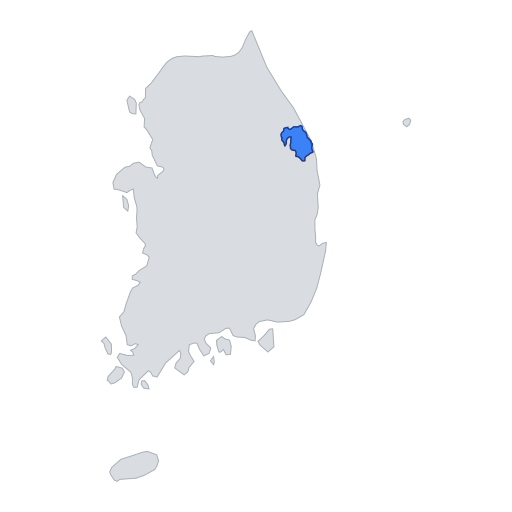 Samcheok-si, Gangwon, South Korea shown in context
{"feature_id": "91817680B11339106619066", "entity_name": "Samcheok-si", "entity_type": "district", "adm_level": 2, "iso_a3": "KOR", "parent_name": "South Korea", "parent_adm1": "Gangwon", "projection": "equal_earth", "projection_center": [129.14, 37.249], "detail": "fine", "context": "in_parent", "style": "filled", "palette": "blue", "viewbox_px": 512, "rotation_deg": 0, "n_neighbors": 0, "source": "geoboundaries", "source_scale": "gbopen_adm2", "svg_char_len": 4904}
<svg xmlns="http://www.w3.org/2000/svg" viewBox="0 0 512 512"><path d="M143.4,99.5L145.3,97.9L145.5,95.7L145.6,88.4L151.0,83.3L158.9,72.9L162.7,67.3L167.1,62.0L172.1,58.4L177.0,56.7L184.8,56.0L199.5,56.7L202.4,56.1L212.7,55.5L215.1,56.5L222.6,57.1L230.9,56.4L235.1,54.9L238.9,52.3L242.3,47.5L245.9,38.8L249.6,32.0L251.8,30.7L266.8,67.2L281.2,90.9L293.6,108.0L311.3,141.2L316.5,158.9L317.0,169.9L319.9,185.1L317.4,193.8L318.2,207.5L317.1,214.6L314.9,219.8L314.9,229.8L315.6,235.1L315.6,242.2L317.0,245.0L319.1,246.0L322.3,243.4L326.3,242.4L325.6,250.9L320.8,272.6L316.7,288.3L311.0,302.1L303.8,314.7L295.1,319.7L289.0,321.4L277.4,322.1L267.7,319.9L259.4,321.5L256.1,324.1L253.6,328.6L255.4,335.6L255.1,340.8L251.6,340.4L244.5,337.4L236.7,337.0L233.1,335.5L229.4,328.1L225.7,328.4L219.1,332.7L209.1,333.7L205.6,336.1L204.3,339.2L205.8,343.0L210.8,348.1L209.1,353.3L203.8,355.9L199.6,349.5L197.0,343.3L194.0,343.0L189.4,344.7L188.5,351.4L190.6,356.0L194.1,361.3L189.1,367.4L187.8,371.8L184.2,374.9L174.7,367.9L176.1,363.0L180.3,358.3L180.8,353.3L179.5,350.4L165.7,362.9L157.1,377.0L152.6,375.9L150.8,372.3L148.2,370.8L139.0,379.9L137.2,387.1L133.9,387.4L132.4,384.4L132.4,377.8L130.9,372.3L121.5,364.3L117.3,357.3L119.7,353.4L127.5,355.5L133.8,355.2L132.6,351.9L130.5,350.3L134.7,348.5L138.2,344.6L135.4,343.6L131.0,345.8L127.3,344.7L126.0,335.5L121.6,326.1L119.4,317.0L123.9,311.8L126.2,303.6L130.4,291.9L132.5,288.1L138.1,285.3L140.2,282.2L137.1,280.7L132.2,279.3L132.3,275.9L135.7,274.1L139.5,270.3L146.8,265.8L149.2,257.2L147.1,255.0L142.6,253.0L143.6,248.7L145.5,245.4L144.9,243.4L139.6,237.8L136.1,232.8L137.2,227.0L136.5,218.2L137.0,210.9L136.9,206.9L134.3,198.0L133.3,189.1L129.8,190.4L127.0,192.6L117.2,189.4L114.1,189.2L112.9,182.6L116.5,174.4L125.0,167.2L129.8,166.3L133.5,163.2L139.2,162.2L145.9,167.1L152.0,168.0L155.3,176.5L157.4,178.3L157.9,175.2L162.8,171.5L164.0,168.8L163.0,167.3L157.3,165.8L152.3,155.3L151.7,150.7L149.9,147.8L152.7,139.5L146.9,130.0L144.1,127.0L144.6,118.4L141.6,113.0L139.9,110.0L138.9,104.9L139.9,102.5L142.5,101.7L143.4,99.5ZM119.9,479.4L117.0,481.3L114.4,480.2L113.7,479.3L110.5,474.4L109.7,471.9L111.9,467.2L120.8,459.4L143.6,451.9L147.7,451.5L156.7,454.8L158.6,460.8L156.9,466.0L154.8,469.5L144.3,475.3L136.1,478.2L119.9,479.4ZM273.9,346.8L267.9,352.0L259.9,345.0L258.0,341.2L264.1,335.6L269.3,329.2L272.7,328.8L273.9,346.8ZM231.2,346.2L230.5,354.4L226.0,354.8L223.4,349.5L220.5,352.1L219.0,352.1L216.9,345.5L216.5,340.4L221.8,336.5L224.9,338.9L229.5,340.1L231.2,346.2ZM115.1,382.7L111.0,384.0L108.7,381.1L107.2,380.3L108.1,376.5L114.8,369.1L116.1,366.5L122.2,368.1L124.4,372.0L121.6,378.0L115.1,382.7ZM136.3,103.2L135.9,114.0L132.5,113.6L130.1,112.5L129.2,110.4L126.9,100.3L129.6,96.1L134.7,99.4L136.3,103.2ZM111.5,352.4L110.6,354.5L107.9,353.9L105.2,348.1L104.0,343.5L101.3,341.0L105.8,337.0L111.4,344.2L111.5,352.4ZM128.7,205.7L127.8,211.1L123.7,207.5L122.6,195.8L126.8,199.2L128.7,205.7ZM409.6,124.4L406.8,126.8L403.5,124.4L403.0,121.8L404.8,119.6L408.8,118.2L410.7,120.2L409.6,124.4ZM147.9,384.9L149.0,388.9L143.8,388.2L141.2,384.3L141.6,381.0L144.6,380.6L147.9,384.9ZM214.3,362.2L213.6,364.8L210.4,360.8L213.6,356.5L214.3,362.2Z" fill="#d9dde1" stroke="#a8b0b8" stroke-width="1"/><path d="M287.8,127.4L284.4,128.1L283.9,128.6L283.7,130.8L283.2,131.4L282.5,132.0L281.7,132.9L281.2,133.8L281.0,134.9L281.1,135.8L281.3,136.8L282.1,137.8L281.7,138.9L282.0,140.4L283.2,141.7L284.0,142.9L284.3,144.5L284.8,145.8L285.3,145.6L285.7,144.7L286.3,143.3L286.3,142.5L286.3,140.6L287.1,138.8L288.6,137.3L289.5,137.0L291.0,136.9L290.9,139.2L290.9,140.3L290.8,140.9L290.7,143.3L290.4,144.2L290.1,145.3L290.4,146.5L290.5,147.6L290.5,148.3L291.1,149.1L291.8,149.9L293.4,150.3L294.6,150.3L295.1,150.5L295.8,151.6L296.2,153.5L295.9,154.6L295.8,155.6L296.0,156.4L296.1,156.5L296.8,156.3L298.2,156.8L299.4,157.6L301.3,159.6L302.1,160.8L303.2,160.9L304.2,160.9L304.9,160.7L304.9,159.9L304.9,159.1L304.9,158.1L305.1,157.5L305.8,156.6L306.9,155.7L307.9,155.2L308.6,154.6L309.6,153.7L310.6,153.2L311.4,152.7L312.3,152.5L313.0,152.0L313.0,151.6L312.8,151.2L312.6,150.9L312.2,149.7L311.9,148.7L311.8,148.2L311.8,147.8L312.0,146.6L312.1,146.2L312.1,145.9L311.9,145.5L311.8,145.2L312.0,144.9L312.4,144.6L312.4,144.3L312.3,143.8L312.0,143.5L311.7,143.0L311.2,142.7L311.1,142.2L311.0,141.6L310.9,141.1L310.7,140.6L310.3,140.3L309.7,140.0L309.3,139.6L309.0,138.9L308.7,138.4L308.5,138.2L307.7,138.0L307.5,137.7L307.2,137.1L307.0,136.0L306.9,135.2L306.6,134.7L306.4,134.3L306.0,133.4L305.9,132.4L305.5,132.2L305.1,131.8L304.6,131.5L304.1,131.1L303.5,130.6L302.9,130.0L302.6,129.3L302.4,128.6L302.2,128.0L302.2,127.5L302.2,126.9L302.0,126.4L300.8,125.6L300.3,125.8L298.7,126.4L298.1,126.9L296.9,126.9L295.9,126.9L294.7,126.8L293.5,126.9L292.8,127.5L291.4,128.6L290.2,129.4L289.3,129.2L288.6,128.8L288.1,128.4L287.8,127.7L287.8,127.4Z" fill="#3b82f6" stroke="#1e3a8a" stroke-width="1.5"/></svg>